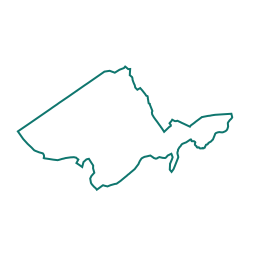 Al Jarrahi, Al Hudaydah, Yemen (Mercator projection), rotated 58°
{"feature_id": "15242507B33824576617573", "entity_name": "Al Jarrahi", "entity_type": "district", "adm_level": 2, "iso_a3": "YEM", "parent_name": "Yemen", "parent_adm1": "Al Hudaydah", "projection": "mercator", "projection_center": [43.453, 14.104], "detail": "fine", "context": "isolated", "style": "outline", "palette": "teal", "viewbox_px": 256, "rotation_deg": 58, "n_neighbors": 0, "source": "geoboundaries", "source_scale": "gbopen_adm2", "svg_char_len": 4066}
<svg xmlns="http://www.w3.org/2000/svg" viewBox="0 0 256 256"><g transform="rotate(58 128 128)"><path d="M168.9,162.0L168.8,161.5L168.0,155.5L168.0,155.3L168.0,155.2L167.9,154.5L167.7,153.5L167.5,152.1L167.5,151.6L167.3,150.3L167.2,149.9L166.8,146.9L166.4,144.1L165.1,140.7L164.2,138.3L163.6,137.5L162.3,135.5L162.1,135.1L161.1,132.9L161.0,132.5L161.0,131.7L161.1,130.3L161.2,129.3L161.8,127.7L162.4,126.0L162.5,125.6L163.2,123.6L166.2,122.3L167.1,122.0L168.7,120.7L169.1,119.8L169.1,118.5L169.3,116.8L170.2,115.9L171.7,114.4L173.1,112.5L173.2,111.7L172.9,110.5L172.4,108.9L172.8,104.9L173.7,105.0L174.4,105.2L174.7,105.3L174.9,105.3L176.4,105.6L177.7,107.1L180.5,111.1L180.7,111.4L180.8,111.4L185.4,114.6L185.7,114.6L188.3,114.3L187.0,111.1L186.4,110.3L185.2,108.6L181.0,102.9L179.7,101.2L179.5,100.9L178.9,100.6L178.1,100.3L177.0,100.0L175.6,99.5L174.9,99.0L174.4,98.5L174.0,97.9L173.5,97.5L173.0,97.2L172.6,96.5L171.6,94.6L171.3,93.2L170.9,92.4L170.6,91.8L170.3,90.8L170.3,90.1L170.7,87.7L171.0,86.3L170.9,82.9L170.8,81.6L171.0,80.7L171.3,80.6L172.0,80.8L172.4,80.9L172.8,81.0L173.1,80.8L173.6,79.9L174.1,79.1L174.4,78.9L175.0,78.7L175.4,78.5L176.0,78.6L176.4,79.1L176.9,79.7L177.6,80.1L178.2,80.1L179.0,79.9L179.7,79.6L180.1,79.6L180.7,79.8L181.3,79.6L181.6,79.2L181.7,78.5L182.1,78.1L182.6,77.9L183.0,78.0L183.4,77.8L183.8,77.3L184.3,76.3L184.4,76.0L184.4,75.5L184.7,75.3L185.0,75.3L185.1,75.1L185.3,74.6L185.1,74.2L185.1,73.6L185.3,73.4L185.1,73.0L184.8,72.7L184.6,72.5L184.4,72.0L184.1,71.5L183.8,71.1L183.6,70.8L183.6,70.5L183.6,70.2L183.9,69.7L184.0,69.4L183.9,69.0L183.8,68.6L183.6,68.2L183.4,67.9L183.4,67.5L183.3,67.4L183.3,66.8L183.3,66.5L183.3,66.4L183.3,66.2L183.4,65.9L183.4,64.8L183.2,63.9L183.0,63.4L182.8,62.1L181.2,59.9L180.2,58.5L179.1,57.1L178.9,56.2L179.0,55.5L179.2,54.4L179.8,52.8L181.0,51.3L181.9,49.9L182.3,47.6L182.3,47.4L182.3,46.3L182.0,45.1L181.4,44.1L180.8,43.4L179.8,42.3L177.2,41.0L176.7,40.7L176.1,39.7L175.7,38.6L175.3,37.6L174.9,35.7L174.5,34.5L174.1,33.9L172.5,33.4L170.7,32.8L163.0,47.1L162.2,48.9L161.7,50.1L161.6,50.3L161.0,52.0L160.4,53.2L160.0,54.1L158.5,58.0L158.4,58.3L158.2,58.9L158.0,59.4L157.9,59.5L158.5,66.7L158.5,66.9L158.6,67.9L158.7,68.2L158.9,70.5L159.1,73.4L159.7,74.8L153.9,78.5L151.5,80.1L151.4,80.1L151.2,80.2L150.6,80.6L149.7,81.2L148.1,82.2L148.0,82.3L147.7,83.5L146.9,84.7L144.4,86.1L145.0,87.3L145.2,87.7L145.6,89.1L145.8,89.9L146.0,90.3L148.2,90.1L148.9,90.6L149.0,91.4L148.9,92.3L149.1,93.1L150.4,99.4L150.2,99.4L148.6,99.4L145.1,99.5L144.9,99.6L143.5,99.6L142.7,99.7L137.7,100.0L135.8,100.2L132.6,100.4L132.4,100.4L129.3,100.3L127.3,99.4L126.5,98.3L123.3,97.7L119.9,97.1L119.0,96.7L118.1,97.4L117.3,97.1L116.1,96.6L113.8,95.6L113.6,95.6L112.4,94.9L111.3,94.6L110.3,95.4L108.0,95.5L103.6,96.0L100.6,96.5L100.5,99.8L99.1,100.1L97.5,100.4L95.3,99.6L93.4,99.4L91.8,99.1L89.6,98.6L88.0,97.8L86.9,97.6L84.1,98.5L83.5,98.0L82.7,97.5L81.2,96.4L80.5,95.9L79.1,94.9L78.2,96.6L76.3,97.2L76.2,97.2L75.7,97.4L75.0,97.6L74.6,97.7L74.4,97.8L75.0,99.7L74.1,104.3L74.1,106.8L74.1,109.9L72.5,111.1L72.3,111.3L69.8,113.2L67.7,118.1L68.0,124.1L68.7,138.7L68.8,142.0L69.5,156.1L69.8,162.1L70.2,173.0L70.4,175.7L70.6,180.9L70.8,184.0L71.8,206.2L71.9,208.2L72.5,223.2L81.8,222.7L86.8,221.8L88.4,221.5L93.6,220.1L96.1,219.6L97.3,219.3L98.5,218.5L101.6,216.2L104.3,213.7L105.3,213.6L106.5,213.7L107.9,214.4L108.8,215.4L109.2,215.2L112.5,211.3L115.2,208.2L116.0,207.2L118.0,204.7L118.6,202.8L119.0,201.4L119.2,200.6L119.7,199.1L119.8,199.0L120.4,196.9L122.4,192.4L124.1,189.3L125.1,188.3L125.3,188.1L125.7,187.7L126.7,187.5L126.9,187.4L128.4,186.8L130.4,190.3L133.7,188.8L136.8,187.5L133.3,183.8L132.6,180.0L132.8,179.1L133.4,177.5L138.3,177.5L141.3,177.4L143.7,179.0L144.4,179.2L148.1,180.3L148.2,180.7L149.3,184.4L150.8,186.8L151.0,186.9L154.7,188.4L155.2,188.5L156.6,188.5L159.7,188.0L162.0,187.3L163.7,187.1L163.8,187.1L163.6,184.2L163.5,182.9L163.3,180.1L163.3,179.5L164.5,178.5L166.7,176.3L166.7,176.2L167.0,174.5L167.3,172.9L168.5,168.8L169.2,167.2L168.9,162.0Z" fill="none" stroke="#0f766e" stroke-width="2"/></g></svg>